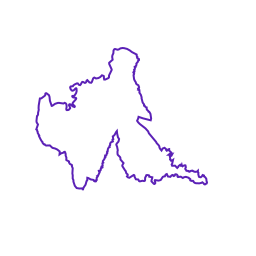 Leribe, Leribe, Lesotho, rotated 20°
{"feature_id": "5366337B97368011547382", "entity_name": "Leribe", "entity_type": "district", "adm_level": 2, "iso_a3": "LSO", "parent_name": "Lesotho", "parent_adm1": "Leribe", "projection": "albers", "projection_center": [28.079, -28.875], "detail": "fine", "context": "isolated", "style": "outline", "palette": "violet", "viewbox_px": 256, "rotation_deg": 20, "n_neighbors": 0, "source": "geoboundaries", "source_scale": "gbopen_adm2", "svg_char_len": 5894}
<svg xmlns="http://www.w3.org/2000/svg" viewBox="0 0 256 256"><g transform="rotate(20 128 128)"><path d="M220.9,153.2L220.8,152.0L220.0,151.1L218.9,148.9L217.3,147.8L216.0,147.5L215.7,146.7L214.3,146.6L214.1,147.1L214.0,148.1L213.2,149.4L211.7,149.7L211.3,149.5L209.8,147.3L209.5,146.0L208.8,145.6L208.3,144.3L207.8,145.4L206.0,146.3L205.6,146.2L204.9,146.4L203.3,146.0L203.0,146.4L202.3,146.4L201.4,147.1L200.9,148.0L199.8,148.1L199.5,147.7L197.6,148.2L197.4,147.9L196.1,147.2L195.7,146.6L195.8,145.1L194.8,143.5L194.3,143.5L192.4,145.0L192.3,145.3L191.6,145.1L191.2,144.5L191.2,145.1L190.9,145.3L190.4,144.2L189.7,144.6L188.5,146.5L188.5,147.4L187.9,148.7L185.1,147.3L182.4,148.4L181.5,147.4L181.7,146.3L181.2,142.6L180.3,143.9L179.5,144.0L179.0,143.3L178.3,143.2L178.1,142.2L177.1,140.5L178.3,139.2L178.5,137.7L177.6,138.6L175.3,139.3L177.1,136.3L174.4,135.1L173.9,133.8L173.1,134.3L172.8,135.4L172.2,136.1L171.4,135.7L170.9,134.8L169.1,134.1L167.6,135.4L167.2,137.7L165.6,136.8L164.3,135.7L163.7,134.5L162.7,133.7L160.1,132.4L159.2,131.5L149.4,125.8L148.1,124.3L144.5,122.4L137.7,120.2L135.6,119.2L134.1,118.1L134.3,115.5L134.1,113.9L138.7,113.8L146.7,113.0L146.5,111.2L144.3,107.1L143.3,106.2L142.4,105.5L141.8,105.7L141.1,105.0L139.3,104.2L138.5,102.3L137.7,102.4L136.9,102.1L136.4,101.6L135.5,101.6L135.2,101.1L135.1,100.4L133.1,99.1L130.5,95.3L130.3,94.5L128.7,92.4L126.6,90.9L126.6,90.4L125.7,88.4L125.4,88.1L124.9,88.6L124.5,88.6L124.6,88.2L124.0,87.5L124.5,87.1L124.5,85.9L123.1,84.3L121.0,83.9L120.2,83.2L119.6,82.3L118.0,81.1L117.0,80.0L115.1,76.4L115.3,75.7L114.9,75.0L115.0,74.5L114.2,74.0L114.8,72.8L114.7,72.6L114.2,72.8L114.4,71.8L113.8,71.2L114.3,70.1L113.4,68.3L114.2,68.0L114.0,67.1L114.4,66.6L114.2,65.3L113.8,64.6L114.6,62.5L114.4,61.8L115.1,60.4L114.7,59.5L113.3,59.5L112.7,59.0L112.4,58.6L112.6,58.1L111.5,57.3L111.0,56.0L105.7,55.3L103.2,54.5L100.1,54.0L97.0,54.3L95.5,54.7L93.6,55.8L92.4,57.4L91.4,58.0L88.7,58.2L88.2,58.7L88.0,59.4L87.9,60.2L88.7,62.8L88.5,65.0L88.8,66.6L90.2,69.1L88.0,73.1L88.4,74.2L92.6,78.5L92.8,79.2L92.2,85.0L92.8,87.0L92.5,87.8L90.1,90.2L89.1,90.6L88.5,89.8L87.6,87.6L87.3,87.4L85.5,87.4L84.5,89.6L83.1,91.2L81.0,92.4L79.2,92.1L78.8,92.4L78.3,93.3L78.3,97.1L77.9,98.1L76.2,98.4L73.4,96.9L72.9,97.6L73.0,99.0L72.6,100.0L72.0,100.4L70.1,100.1L69.3,100.3L69.0,101.0L68.7,103.2L68.3,104.1L67.1,104.2L65.6,103.3L64.8,103.5L62.9,105.4L62.1,106.6L61.9,107.6L59.9,108.6L59.7,109.5L59.9,109.9L60.7,111.0L62.2,112.0L63.2,111.9L63.7,111.5L64.4,110.6L65.2,108.7L65.7,108.4L66.1,108.6L67.1,110.8L67.3,112.9L66.7,115.5L66.2,116.3L64.8,116.9L64.8,117.4L65.1,117.7L65.9,118.0L68.7,117.5L69.2,117.9L69.2,118.9L67.6,122.9L67.5,123.9L67.9,124.5L70.6,125.8L70.7,126.2L70.5,126.6L68.8,126.6L65.8,125.5L64.9,125.7L64.7,126.1L64.7,126.8L66.6,128.6L66.9,129.3L66.0,131.3L64.5,132.1L64.0,132.0L63.5,131.3L63.1,129.1L62.1,126.9L61.2,126.2L59.9,126.0L58.9,127.1L54.5,128.0L53.4,128.5L51.2,130.2L49.3,133.0L48.7,133.3L45.3,129.1L43.6,125.6L42.5,124.2L39.7,123.3L39.1,123.3L38.6,123.9L39.0,125.5L38.7,126.3L36.4,129.8L35.1,130.4L36.4,137.4L37.2,140.0L37.9,141.4L38.3,144.6L38.8,145.8L38.8,147.2L38.4,147.9L39.6,152.8L40.3,154.0L42.2,155.5L42.3,160.7L43.3,161.0L43.8,162.0L44.4,162.4L44.8,163.5L46.9,165.2L47.2,165.5L47.0,165.9L47.5,166.4L49.9,168.7L51.4,169.9L52.4,170.4L52.6,171.0L54.4,172.1L55.2,171.8L55.6,172.2L57.0,172.5L60.5,171.1L63.8,172.5L66.5,172.2L68.8,172.4L71.8,173.4L72.2,174.3L72.7,176.3L74.0,174.5L75.4,173.6L76.1,172.4L76.7,172.0L77.2,172.3L77.2,172.8L77.7,173.0L78.3,173.7L78.8,175.2L80.3,177.0L80.9,179.1L81.9,179.4L83.7,179.5L84.1,179.7L84.3,180.5L85.6,181.6L87.8,181.9L88.0,182.4L88.3,182.6L88.4,183.2L89.8,184.7L91.3,189.8L92.2,191.3L93.3,194.4L94.5,195.6L95.1,197.1L97.8,200.5L100.3,202.0L103.0,201.5L105.9,200.3L106.8,201.8L106.6,199.4L107.5,195.8L107.2,192.0L107.6,191.2L106.8,188.7L107.9,188.6L110.5,189.1L113.2,188.6L113.8,188.8L114.2,189.4L115.4,189.5L116.0,189.1L115.4,188.4L116.4,187.5L115.6,185.6L116.1,183.9L115.5,183.6L116.2,182.6L116.5,179.1L115.6,178.8L115.2,178.2L116.4,177.5L116.7,177.1L116.7,176.4L116.3,175.7L116.4,175.0L117.5,173.8L117.1,173.1L116.7,173.8L116.3,173.7L116.3,173.1L117.0,172.5L117.1,172.1L116.0,170.0L116.6,169.1L116.1,168.8L115.7,167.7L116.4,165.3L116.3,164.6L116.6,163.8L116.2,163.4L116.2,163.0L116.7,162.6L116.0,161.7L116.4,161.5L117.0,160.7L116.8,159.4L117.1,158.9L116.7,158.4L116.9,157.4L116.5,157.1L116.8,156.7L116.3,154.7L116.5,153.0L117.3,152.2L116.8,151.5L116.8,150.8L117.1,150.4L117.0,149.8L116.6,149.2L116.7,147.5L118.4,145.8L117.4,144.6L117.4,144.2L118.0,143.6L116.6,141.1L117.4,139.9L117.8,138.8L118.2,135.9L118.6,134.7L119.6,136.8L121.7,140.1L123.4,141.4L123.7,144.0L122.7,146.6L122.7,147.7L124.2,149.4L126.0,152.4L126.2,153.9L127.1,156.1L127.6,156.7L130.4,158.0L131.0,158.6L131.7,160.2L135.8,162.5L135.4,165.0L135.8,165.8L139.8,168.9L140.6,169.3L141.9,171.1L143.6,171.8L143.9,172.6L143.6,173.9L144.9,174.4L146.3,174.3L149.4,170.2L150.0,170.2L150.4,170.6L150.7,171.4L152.9,173.5L155.3,172.9L156.6,174.1L157.4,174.1L159.7,172.6L161.2,172.4L161.8,171.9L161.9,171.3L161.2,169.1L161.1,168.5L161.4,167.3L161.3,166.2L161.9,165.7L163.8,165.3L164.3,165.6L164.6,166.5L167.7,166.0L167.9,166.8L168.0,169.2L168.3,170.1L171.3,171.6L171.9,171.6L172.5,170.8L172.1,169.6L171.1,168.3L171.2,167.7L174.7,167.0L176.5,165.7L177.4,162.1L177.9,161.5L179.2,160.8L179.3,159.1L179.8,158.3L180.2,158.0L182.1,159.9L184.5,159.4L185.0,158.0L185.7,157.0L186.5,156.9L186.9,157.4L187.5,157.5L188.2,156.6L188.2,155.5L188.8,155.1L189.9,155.1L190.9,155.7L191.1,156.7L191.7,157.0L194.2,155.7L196.6,156.2L197.5,155.1L199.1,154.1L202.0,154.0L202.7,154.5L203.1,154.4L204.1,154.8L204.4,155.9L204.8,156.0L205.8,156.0L207.1,155.4L207.5,155.5L208.3,156.3L209.4,156.7L210.6,156.7L214.0,155.6L215.8,154.4L216.4,153.6L218.0,154.1L218.7,154.7L219.2,154.8L220.0,154.4L220.1,153.9L220.9,153.2Z" fill="none" stroke="#5b21b6" stroke-width="2"/></g></svg>